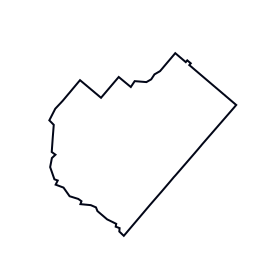 the district of Union, Louisiana, United States of America, rotated 130°
{"feature_id": "52423323B25529270179074", "entity_name": "Union", "entity_type": "district", "adm_level": 2, "iso_a3": "USA", "parent_name": "United States of America", "parent_adm1": "Louisiana", "projection": "orthographic", "projection_center": [-92.344, 32.798], "detail": "fine", "context": "isolated", "style": "outline", "palette": "ink", "viewbox_px": 256, "rotation_deg": 130, "n_neighbors": 0, "source": "geoboundaries", "source_scale": "gbopen_adm2", "svg_char_len": 773}
<svg xmlns="http://www.w3.org/2000/svg" viewBox="0 0 256 256"><g transform="rotate(130 128 128)"><path d="M40.8,59.9L40.4,121.5L38.1,121.5L38.1,126.1L40.4,126.1L40.3,139.9L63.8,140.0L69.9,142.2L75.8,141.5L81.0,143.4L87.8,153.0L94.8,152.2L94.9,167.9L122.2,168.1L122.2,195.5L149.2,195.5L160.0,196.1L172.7,193.2L173.3,186.9L183.4,179.7L195.4,171.0L195.1,166.4L199.9,167.0L208.0,162.5L214.6,151.4L213.4,148.1L217.9,147.0L215.1,139.1L217.8,128.9L214.3,120.5L214.0,116.6L216.9,115.5L211.0,106.9L209.4,101.5L211.3,98.0L211.4,85.3L209.0,75.4L211.5,74.0L210.1,70.1L212.9,68.1L213.3,61.9L172.9,61.7L154.5,61.4L143.1,61.3L136.0,61.3L134.1,61.2L107.9,60.8L99.6,60.7L98.9,60.7L92.1,60.7L44.3,59.9L43.1,59.9L41.1,59.9L40.8,59.9Z" fill="none" stroke="#020617" stroke-width="2"/></g></svg>